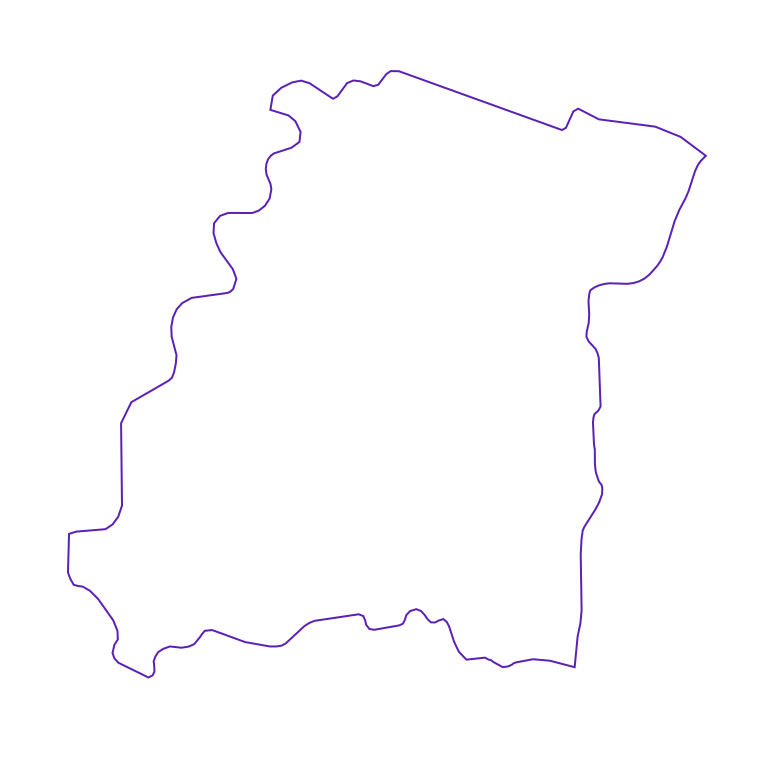 an SVG outline of Mayenne, rotated 185°
{"feature_id": "FRA-5324", "entity_name": "Mayenne", "entity_type": "Metropolitan department", "adm_level": 1, "iso_a3": "FRA", "parent_name": "France", "parent_adm1": "", "projection": "albers", "projection_center": [-0.661, 48.148], "detail": "fine", "context": "isolated", "style": "outline", "palette": "violet", "viewbox_px": 768, "rotation_deg": 185, "n_neighbors": 0, "source": "natural_earth", "source_scale": "10m", "svg_char_len": 2610}
<svg xmlns="http://www.w3.org/2000/svg" viewBox="0 0 768 768"><g transform="rotate(185 384 384)"><path d="M521.1,647.2L519.9,661.7L512.2,670.1L501.7,676.5L492.8,679.0L484.3,677.1L459.7,663.7L455.6,666.4L446.9,680.6L440.9,683.7L433.9,683.5L420.6,679.8L415.9,681.5L408.7,692.9L404.6,696.3L396.4,696.9L228.8,652.5L225.1,655.0L219.1,672.1L214.5,675.2L193.1,666.4L136.2,664.0L110.0,656.0L83.3,639.4L88.0,633.7L90.5,629.3L92.8,622.7L97.4,602.7L99.9,595.1L105.0,583.1L108.7,571.4L114.1,545.7L117.4,534.8L119.6,529.9L122.3,525.2L129.4,515.8L133.9,511.6L139.0,508.4L144.3,506.3L150.5,505.0L167.9,504.0L173.2,502.9L178.4,501.0L182.6,498.7L186.1,495.8L186.8,494.8L187.4,490.9L187.5,484.2L185.6,471.1L185.4,462.4L186.6,453.9L186.5,448.8L183.9,444.3L176.3,437.4L173.9,433.1L172.5,429.4L172.1,427.3L166.3,380.5L167.7,377.1L169.0,375.1L170.4,373.8L171.8,372.1L172.4,368.6L172.5,364.0L169.5,341.9L168.3,337.1L166.9,322.5L166.0,317.7L165.2,314.3L161.8,306.4L160.7,304.8L158.5,302.5L157.5,299.4L157.1,293.4L159.4,284.8L162.0,278.4L172.0,259.1L173.3,255.1L173.7,246.5L173.2,231.6L167.4,175.6L167.5,162.8L169.1,149.3L169.4,118.5L194.6,122.8L211.6,122.8L228.1,118.2L230.7,117.0L232.0,115.6L235.7,113.5L241.1,112.3L251.3,116.8L253.1,118.2L255.9,118.6L259.5,120.2L277.9,116.6L286.1,123.8L291.8,133.5L298.1,148.4L300.8,152.5L304.4,155.0L308.8,153.2L312.3,150.9L316.4,150.6L320.1,153.5L323.5,157.6L327.4,161.1L332.2,162.5L338.2,160.1L341.6,155.7L342.6,151.1L344.2,146.9L347.7,144.9L372.3,138.3L377.2,138.7L380.8,142.6L382.3,147.2L384.4,151.0L389.1,152.4L432.6,142.0L437.5,139.5L442.2,135.9L459.2,117.1L463.3,114.4L468.2,113.2L474.6,112.6L499.9,114.8L533.7,123.9L541.0,122.5L543.3,119.3L545.5,115.4L550.4,108.3L555.9,105.3L563.0,103.6L574.3,103.9L580.9,100.9L585.6,97.2L588.0,92.6L589.3,87.8L588.3,82.9L587.6,77.5L589.1,73.6L593.1,71.1L624.4,83.2L628.6,87.1L631.0,92.4L629.8,100.8L626.9,106.3L628.0,114.8L633.1,124.9L650.0,144.9L659.0,152.4L666.5,155.9L671.1,156.1L675.6,156.9L679.6,162.7L682.4,168.7L684.7,207.2L677.8,210.1L648.8,215.1L642.2,220.4L637.2,228.6L634.4,240.1L642.5,322.0L634.1,343.9L598.9,368.5L595.8,371.8L594.2,377.0L593.2,386.1L593.2,394.6L599.7,412.7L600.9,422.4L600.0,432.0L597.0,440.5L592.1,447.0L583.2,453.0L547.8,461.1L545.0,462.7L542.5,465.5L540.2,476.0L544.6,485.2L558.4,501.1L563.2,509.5L567.0,519.5L567.3,529.3L562.0,537.2L554.3,540.8L530.0,542.9L523.9,545.8L518.1,551.2L514.1,558.8L513.2,568.3L514.6,573.6L519.3,582.4L520.5,588.0L520.3,593.5L519.0,597.9L516.8,601.4L513.8,604.1L496.8,611.3L489.3,617.8L489.1,627.9L495.3,638.2L502.6,643.2L521.1,647.2Z" fill="none" stroke="#5b21b6" stroke-width="2"/></g></svg>